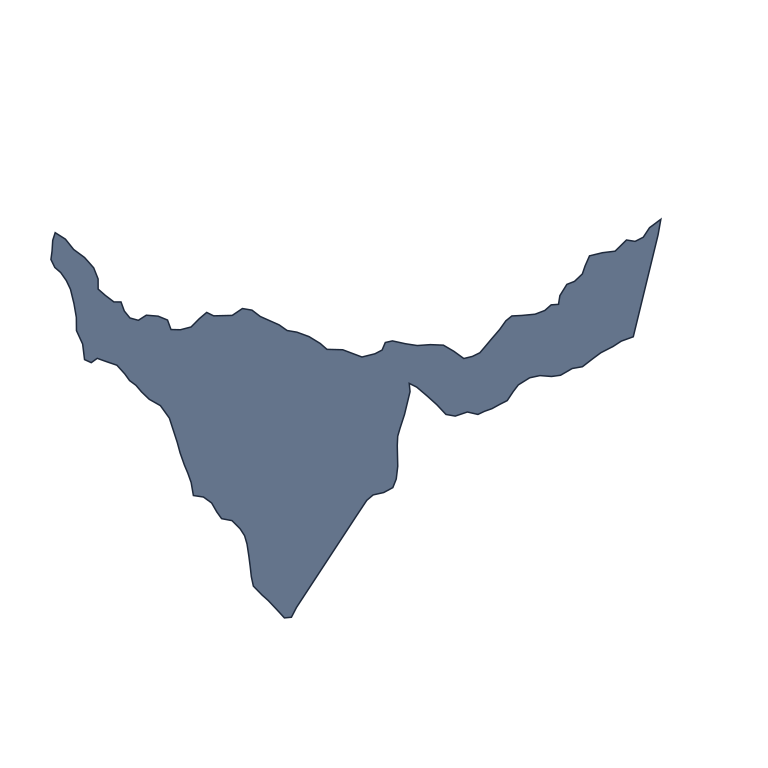 the district of Maxaranguape, Rio Grande do Norte, Brazil, rotated 169°
{"feature_id": "56859067B82537328985122", "entity_name": "Maxaranguape", "entity_type": "district", "adm_level": 2, "iso_a3": "BRA", "parent_name": "Brazil", "parent_adm1": "Rio Grande do Norte", "projection": "robinson", "projection_center": [-35.356, -5.454], "detail": "fine", "context": "isolated", "style": "filled", "palette": "slate", "viewbox_px": 768, "rotation_deg": 169, "n_neighbors": 0, "source": "geoboundaries", "source_scale": "gbopen_adm2", "svg_char_len": 2040}
<svg xmlns="http://www.w3.org/2000/svg" viewBox="0 0 768 768"><g transform="rotate(169 384 384)"><path d="M684.9,561.2L680.1,555.1L676.1,546.1L673.7,536.8L673.0,522.0L673.3,508.1L675.7,495.1L672.2,480.7L673.3,465.1L667.3,460.8L660.6,463.9L652.2,458.9L642.6,453.4L636.5,443.3L633.1,435.9L627.7,430.0L623.5,422.5L617.4,413.8L607.6,405.4L601.2,391.5L599.6,378.4L598.1,366.2L597.3,355.3L595.4,342.5L593.6,334.0L592.1,324.1L592.4,310.9L582.8,307.5L575.9,300.1L572.5,290.2L569.1,282.8L559.3,278.9L552.9,269.4L549.8,261.7L549.0,253.1L549.5,240.9L550.2,230.0L551.0,220.2L550.8,210.5L543.9,200.0L539.0,193.6L532.1,182.7L526.4,173.4L519.4,172.7L512.5,181.4L436.6,259.4L423.1,273.1L415.8,277.2L405.0,277.5L395.1,280.6L390.1,288.4L386.2,300.6L382.7,321.1L380.5,330.1L376.7,337.5L369.7,350.1L359.9,371.5L359.1,379.8L352.5,374.7L343.7,363.7L336.1,353.6L329.0,342.3L320.2,338.9L307.5,340.6L297.6,336.2L290.6,338.0L282.7,339.2L274.3,341.9L266.2,344.2L258.5,352.0L252.3,357.5L239.8,362.3L229.3,362.5L218.1,359.4L209.0,358.9L196.3,363.3L185.9,363.1L174.4,368.9L165.2,373.3L151.8,377.2L142.9,380.8L130.3,382.8L86.5,478.1L80.8,492.9L93.5,486.8L101.5,478.6L110.3,476.1L118.5,479.1L131.8,470.3L144.5,471.2L157.8,470.6L164.1,461.5L168.3,454.2L177.4,448.4L185.5,446.9L194.5,437.2L197.5,428.9L204.8,429.8L212.1,425.5L222.4,423.7L235.7,425.0L245.5,426.4L252.3,422.8L260.0,415.5L270.0,407.6L276.9,402.0L283.9,396.4L292.0,394.2L300.8,393.8L309.2,402.8L318.3,410.8L331.0,413.8L344.0,415.4L355.2,419.4L367.5,424.7L374.8,424.5L379.4,417.7L387.1,415.4L400.5,414.7L418.0,425.5L433.4,428.9L438.8,435.9L448.4,444.7L459.6,451.5L468.9,455.0L475.6,462.0L492.6,473.9L499.5,481.7L508.6,485.1L519.9,480.3L538.2,483.4L544.4,488.1L552.8,483.4L562.5,476.8L573.5,476.1L582.7,478.1L584.3,488.1L592.8,493.7L604.2,496.9L613.0,493.4L620.8,497.3L625.0,505.2L626.5,514.7L633.5,516.1L640.7,524.2L646.5,531.7L644.6,541.7L646.8,553.4L653.8,565.3L663.0,575.3L669.1,587.0L677.9,595.3L681.8,588.2L684.5,577.8L687.2,569.8L684.9,561.2Z" fill="#64748b" stroke="#1e293b" stroke-width="1.5"/></g></svg>